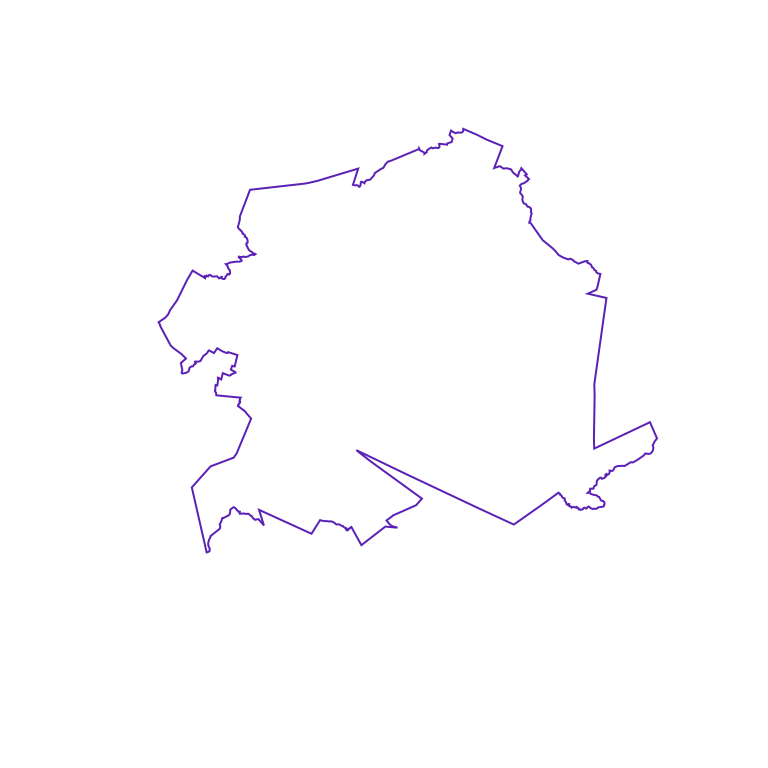 Matamoros, Chihuahua, Mexico (orthographic projection), rotated 320°
{"feature_id": "50627088B2899062177537", "entity_name": "Matamoros", "entity_type": "district", "adm_level": 2, "iso_a3": "MEX", "parent_name": "Mexico", "parent_adm1": "Chihuahua", "projection": "orthographic", "projection_center": [-105.531, 26.712], "detail": "fine", "context": "isolated", "style": "outline", "palette": "violet", "viewbox_px": 768, "rotation_deg": 320, "n_neighbors": 0, "source": "geoboundaries", "source_scale": "gbopen_adm2", "svg_char_len": 6154}
<svg xmlns="http://www.w3.org/2000/svg" viewBox="0 0 768 768"><g transform="rotate(320 384 384)"><path d="M249.6,196.8L245.3,217.4L245.8,221.4L248.1,230.7L248.7,237.2L241.8,237.4L238.5,243.7L236.2,245.2L236.1,246.0L236.4,246.5L239.4,248.1L241.1,248.6L242.5,248.6L243.8,247.9L244.9,246.8L245.8,246.6L248.2,246.9L249.0,247.7L251.1,247.0L252.4,247.4L253.1,247.3L253.2,245.7L253.8,245.4L255.7,247.2L257.6,248.3L258.4,248.3L264.1,246.3L266.1,246.7L268.8,246.5L270.0,245.9L271.5,245.7L273.7,251.0L279.2,249.4L281.2,255.1L283.6,259.5L284.2,259.7L285.1,259.4L290.3,267.6L280.9,274.6L279.4,272.5L275.9,274.6L277.8,279.5L277.6,279.9L273.4,278.5L272.3,278.7L270.8,278.1L267.5,272.1L262.2,275.9L261.6,274.6L261.4,273.2L260.8,272.4L260.1,273.3L260.1,273.8L255.6,277.8L255.2,277.9L254.6,276.5L254.3,276.5L250.7,280.3L250.1,280.4L249.7,281.6L249.8,282.5L248.3,284.9L265.4,302.3L264.2,302.6L263.8,303.3L262.5,303.9L262.1,304.6L262.5,305.0L262.3,305.3L261.4,305.5L261.0,306.0L260.1,305.8L259.1,306.6L258.3,306.5L258.0,307.0L260.0,315.6L259.8,319.2L260.0,325.1L226.6,342.4L221.5,343.8L198.2,335.6L170.3,339.7L139.9,399.0L142.2,399.9L142.9,399.9L144.6,398.2L145.6,394.8L146.7,393.2L149.6,391.0L152.9,389.6L153.3,389.0L165.3,389.3L167.4,387.5L167.8,386.0L171.3,384.5L173.8,382.8L174.2,382.8L174.5,383.4L180.8,384.8L182.8,384.2L185.6,381.4L189.4,381.6L189.8,381.9L190.4,383.9L190.5,384.6L190.1,386.0L190.7,387.6L190.5,388.4L191.4,389.2L190.2,390.4L190.2,390.8L192.9,392.7L194.4,394.2L195.1,395.2L196.5,396.0L196.9,396.8L197.3,399.3L197.8,400.1L197.4,402.0L197.8,405.0L201.0,406.8L201.1,415.2L207.4,400.1L232.2,452.1L247.6,447.2L248.1,448.2L250.6,451.1L252.2,452.4L253.9,454.4L255.0,454.9L256.3,457.1L256.9,459.0L257.0,460.3L257.5,461.3L259.4,462.6L260.4,465.3L261.3,466.6L261.1,467.4L261.8,469.2L261.6,470.0L262.6,470.6L262.1,471.9L261.6,471.5L261.3,471.9L262.3,472.8L263.7,472.3L264.7,472.7L265.5,472.3L267.1,472.6L263.1,492.9L293.4,494.1L302.0,502.8L298.6,497.7L298.1,494.3L298.2,490.2L306.8,490.6L330.7,497.5L339.4,496.2L324.0,434.6L320.3,416.9L344.1,469.6L376.2,539.2L393.1,575.1L425.8,577.9L447.8,579.4L448.2,581.2L447.7,581.8L448.2,583.0L447.8,585.9L448.1,586.8L448.9,587.6L448.3,588.8L447.6,589.2L447.4,591.7L446.6,593.5L447.0,594.5L447.8,594.5L447.7,595.1L448.5,595.3L447.9,596.0L447.3,595.7L447.8,597.5L448.4,597.8L448.2,599.3L449.2,599.4L450.5,600.3L451.0,601.4L452.3,601.8L452.0,602.6L452.9,603.0L453.0,603.6L452.6,605.3L453.5,605.6L453.5,606.4L453.8,606.7L455.1,607.6L456.0,607.7L457.0,607.3L458.0,607.5L458.7,609.4L460.0,609.4L460.9,609.1L461.9,609.4L462.3,610.3L462.3,611.4L463.5,614.0L464.5,614.3L465.9,615.7L467.2,616.3L468.2,616.1L469.1,616.4L473.2,618.9L474.3,618.8L474.9,618.0L475.9,617.7L476.9,616.1L476.5,614.3L475.8,613.7L475.5,612.2L476.2,608.9L475.4,607.8L475.5,606.6L475.2,605.9L473.4,603.7L471.7,601.1L471.9,599.5L470.2,598.4L471.4,598.2L473.1,598.5L474.6,596.7L477.2,598.8L478.8,597.6L480.1,597.4L481.3,597.9L482.1,597.7L484.7,595.1L486.0,594.7L489.3,594.6L490.1,595.4L489.9,596.6L492.2,597.6L494.6,597.5L495.1,595.9L496.7,595.9L496.6,597.2L498.6,597.5L500.1,596.7L501.2,595.3L502.7,597.2L503.1,597.3L504.2,597.4L507.2,596.1L509.8,596.8L514.2,600.0L515.5,601.4L522.9,602.6L524.2,604.1L530.0,605.1L537.2,605.7L539.5,605.2L541.8,607.7L543.6,608.6L546.2,608.2L548.3,607.1L549.8,605.4L550.4,603.7L554.0,602.1L558.2,601.1L563.2,584.2L503.5,568.6L509.6,560.9L538.4,527.7L544.8,519.5L609.7,461.1L598.1,445.8L607.3,448.4L610.4,446.5L620.5,438.8L618.9,436.7L618.5,434.9L619.2,433.7L618.5,432.1L618.9,430.4L618.8,429.1L618.4,428.7L619.2,425.8L618.7,423.3L618.0,422.7L617.9,421.9L617.9,421.5L618.9,420.6L617.2,419.3L610.3,416.8L608.4,412.0L608.6,411.0L607.4,407.9L606.9,407.5L605.6,407.3L605.2,406.9L602.7,402.6L601.5,399.7L600.7,397.4L600.8,393.4L600.4,388.4L598.0,375.8L599.8,354.8L599.6,353.9L599.1,353.8L599.7,353.1L601.4,352.8L602.3,351.4L606.9,348.1L607.1,346.5L608.0,346.0L609.4,344.0L609.0,341.6L608.0,340.5L608.3,337.3L607.2,335.6L607.4,334.0L608.5,331.7L610.8,329.6L611.2,328.1L611.0,325.4L611.6,324.6L614.1,322.9L615.0,321.6L615.6,319.3L617.9,319.1L620.1,320.1L624.9,320.6L626.1,320.0L626.8,320.1L626.1,314.9L628.1,315.2L627.9,307.0L626.4,308.0L625.7,307.9L623.7,308.5L620.3,310.9L619.7,310.9L619.7,309.6L618.8,305.2L619.2,301.1L616.8,297.7L613.9,295.7L613.0,292.1L612.6,291.5L607.2,289.4L627.7,278.0L619.7,262.7L615.4,252.8L608.7,239.5L607.1,241.2L605.5,241.4L604.3,240.8L602.4,238.9L599.9,237.8L598.2,233.0L594.2,235.5L594.4,240.0L591.4,242.1L587.2,240.4L586.2,241.2L581.1,235.8L580.5,235.5L579.4,237.5L578.6,238.3L578.0,238.3L576.7,237.7L575.6,236.2L572.9,234.8L572.3,233.3L569.2,232.7L566.8,232.8L565.7,233.9L562.9,233.7L563.7,232.8L561.7,227.8L562.3,225.9L561.8,226.2L560.5,226.1L531.8,217.1L530.6,216.3L526.9,216.4L522.4,218.0L520.4,217.4L512.6,216.5L510.3,217.8L505.0,218.5L504.4,218.4L501.6,216.7L499.5,216.9L498.0,217.6L497.2,214.9L496.1,214.4L493.4,216.9L491.9,217.1L491.3,214.5L489.4,213.1L488.2,211.5L502.7,202.4L463.6,185.6L455.7,181.6L452.2,179.6L406.2,149.1L381.1,163.1L380.0,164.6L377.7,166.6L372.8,169.9L372.6,172.1L373.0,173.8L372.8,174.5L373.1,175.4L373.0,176.2L372.4,177.5L372.8,178.0L372.5,178.5L372.8,178.9L373.0,180.6L372.2,181.5L372.7,181.8L372.4,182.5L372.7,184.1L371.9,186.1L370.8,187.7L370.2,188.0L369.3,187.7L368.8,188.4L368.3,188.4L368.0,188.7L366.7,194.2L366.8,195.7L367.6,197.8L367.7,199.8L368.5,200.7L369.0,201.9L367.4,201.7L366.4,200.4L364.3,199.2L361.9,198.9L360.1,198.0L359.4,197.5L358.0,195.8L357.1,195.6L355.9,194.7L354.8,193.2L354.3,193.4L354.2,193.7L354.6,197.0L354.3,198.0L353.8,198.2L351.6,197.2L349.5,195.3L343.9,191.9L341.4,191.4L339.9,190.5L339.8,193.6L339.0,195.3L339.0,197.6L337.8,199.7L336.9,200.5L335.7,200.6L335.2,199.3L334.5,199.2L333.0,199.8L331.5,199.9L330.5,200.9L329.4,201.0L328.7,200.6L327.8,199.3L327.8,198.3L328.6,197.7L328.2,197.4L326.2,197.4L325.5,197.0L325.4,194.2L322.0,191.8L321.1,190.1L321.1,189.0L320.9,188.6L319.6,188.0L318.4,188.5L317.8,187.0L317.3,186.9L316.7,187.3L315.9,185.9L315.4,186.0L315.2,187.7L315.0,187.9L310.3,174.1L300.3,177.6L279.4,186.8L267.5,190.0L263.5,191.9L259.2,192.6L251.0,191.8L250.6,194.2L249.6,196.8Z" fill="none" stroke="#5b21b6" stroke-width="2"/></g></svg>